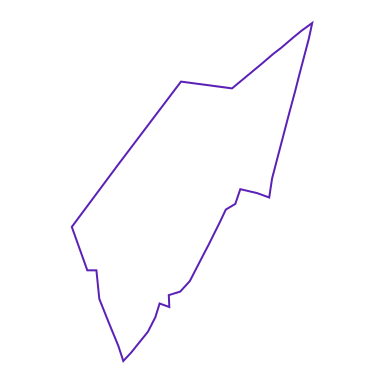 Satuba, Alagoas, Brazil (Equal Earth projection)
{"feature_id": "56859067B47220314031671", "entity_name": "Satuba", "entity_type": "district", "adm_level": 2, "iso_a3": "BRA", "parent_name": "Brazil", "parent_adm1": "Alagoas", "projection": "equal_earth", "projection_center": [-35.836, -9.579], "detail": "fine", "context": "isolated", "style": "outline", "palette": "violet", "viewbox_px": 384, "rotation_deg": 0, "n_neighbors": 0, "source": "geoboundaries", "source_scale": "gbopen_adm2", "svg_char_len": 615}
<svg xmlns="http://www.w3.org/2000/svg" viewBox="0 0 384 384"><path d="M312.2,23.0L301.8,30.5L293.0,37.7L281.2,47.8L273.1,54.0L261.3,64.1L232.0,88.4L181.0,81.6L118.7,163.9L71.8,226.9L87.3,270.3L96.4,270.3L99.3,298.9L109.0,323.2L118.3,345.8L123.3,361.0L131.3,352.4L139.9,341.7L147.9,331.8L155.4,317.1L159.6,303.5L169.3,307.0L168.8,295.1L180.2,291.6L189.8,281.1L196.5,268.1L203.5,254.5L208.9,244.2L213.9,234.1L219.5,222.9L225.8,209.6L235.3,203.9L240.3,189.2L257.1,193.1L269.2,197.5L272.1,178.4L277.2,158.9L288.9,114.3L295.1,91.3L299.3,74.8L308.9,38.4L312.2,23.0Z" fill="none" stroke="#5b21b6" stroke-width="2"/></svg>